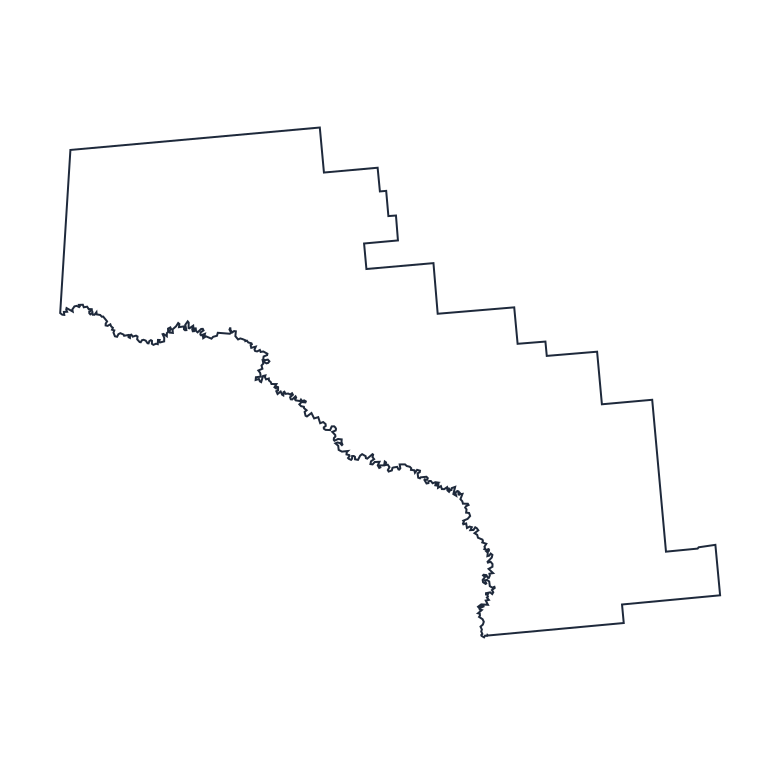 Aguirre, Santiago del Estero, Argentina, rotated 175°
{"feature_id": "61730980B73101966705720", "entity_name": "Aguirre", "entity_type": "district", "adm_level": 2, "iso_a3": "ARG", "parent_name": "Argentina", "parent_adm1": "Santiago del Estero", "projection": "orthographic", "projection_center": [-62.375, -29.263], "detail": "fine", "context": "isolated", "style": "outline", "palette": "slate", "viewbox_px": 768, "rotation_deg": 175, "n_neighbors": 0, "source": "geoboundaries", "source_scale": "gbopen_adm2", "svg_char_len": 6162}
<svg xmlns="http://www.w3.org/2000/svg" viewBox="0 0 768 768"><g transform="rotate(175 384 384)"><path d="M302.2,124.4L166.0,125.0L166.1,143.6L67.6,144.2L67.9,194.9L84.8,193.9L85.9,192.7L117.7,192.4L118.2,344.9L168.7,344.8L168.9,397.6L219.4,397.8L219.5,412.2L247.4,412.4L247.6,449.0L324.4,449.3L324.2,500.1L391.5,500.1L391.6,525.7L357.6,525.8L357.4,550.8L365.0,550.9L365.0,576.2L371.3,576.2L371.5,600.0L425.4,599.9L425.6,645.1L676.0,644.5L700.4,482.9L698.5,481.1L696.5,480.7L696.6,483.7L693.4,483.6L694.1,485.8L693.6,487.3L687.8,483.3L688.0,485.4L685.6,488.3L683.3,488.6L681.0,487.2L680.3,487.9L680.9,489.4L677.1,489.2L676.4,486.6L673.0,486.9L671.7,484.4L668.6,484.0L668.6,482.6L671.3,482.0L671.4,480.2L670.5,479.0L668.2,480.5L668.1,478.4L666.4,478.2L664.2,480.6L664.2,478.4L660.7,477.5L659.2,475.6L657.9,475.7L654.4,470.5L656.0,468.4L656.2,466.6L654.3,466.0L651.4,467.3L650.8,465.2L649.2,463.6L650.2,461.8L648.0,460.9L649.0,458.8L647.9,455.0L645.8,454.3L644.2,456.8L642.2,457.6L639.1,455.9L638.7,454.7L634.4,455.1L634.4,452.9L633.1,452.1L632.8,454.9L631.4,455.2L630.2,453.1L626.8,453.8L625.4,452.8L626.0,450.0L623.8,447.1L622.7,446.8L621.3,448.7L619.7,449.0L617.6,448.0L616.0,445.2L615.0,445.0L614.0,447.2L612.4,448.0L611.4,447.3L611.7,444.3L610.3,443.1L607.6,444.0L605.9,443.4L605.3,447.6L603.7,447.4L604.3,445.7L603.5,444.9L599.3,445.6L598.9,449.3L600.2,452.9L599.3,453.1L596.2,450.5L595.9,453.6L594.5,454.8L594.3,458.0L591.9,459.0L591.3,457.3L592.8,456.1L593.0,453.9L589.9,453.3L589.9,456.8L586.1,459.6L583.7,462.7L582.6,461.6L583.3,458.5L578.3,458.8L578.5,455.9L577.5,454.9L576.2,454.9L576.8,460.3L574.1,463.5L573.2,462.2L573.8,456.8L573.1,456.4L569.0,458.7L569.0,456.8L570.3,455.4L569.9,453.2L568.7,453.2L568.5,455.4L567.6,455.9L566.7,455.8L566.7,453.3L565.2,451.7L561.3,454.8L559.7,454.7L559.1,453.1L562.2,451.4L562.6,449.2L561.9,448.4L558.0,449.6L558.4,448.5L560.2,447.8L560.1,445.4L557.2,447.0L551.9,444.2L550.1,445.9L546.2,446.6L545.1,449.5L533.2,447.5L531.8,448.4L533.2,451.7L532.1,453.7L532.3,451.4L530.7,448.6L528.7,449.8L527.0,449.4L527.9,444.6L525.5,441.1L523.2,441.9L521.1,441.1L518.4,439.7L518.4,438.8L516.8,439.1L515.6,437.2L512.5,436.1L512.2,435.1L513.5,434.4L513.1,431.6L508.5,432.4L510.0,429.5L509.5,428.1L507.6,427.5L504.7,428.7L504.1,426.7L501.4,426.9L497.5,424.3L497.9,423.0L501.5,421.9L502.2,419.1L500.6,418.1L497.6,418.4L496.2,416.6L497.6,415.1L499.3,414.8L502.7,417.5L502.4,414.9L504.4,413.1L503.8,409.8L508.0,408.4L506.4,405.9L506.1,402.1L511.0,401.9L511.5,399.2L508.2,399.9L507.4,397.4L506.2,396.6L503.8,402.5L501.4,402.9L502.0,401.2L501.1,398.9L498.3,399.5L498.3,397.5L496.7,395.9L496.1,393.8L491.2,393.3L493.4,390.3L492.0,389.1L491.3,390.7L489.8,390.1L490.1,386.8L491.9,386.2L490.9,383.3L487.6,385.5L486.4,382.2L485.3,381.4L484.8,384.6L483.9,385.0L483.0,382.8L480.1,382.8L478.5,381.7L476.4,382.8L475.7,381.2L478.7,379.0L478.2,376.9L476.8,376.6L473.2,379.4L472.7,378.2L473.9,376.2L473.4,375.4L469.1,374.3L468.1,375.7L467.3,374.2L464.9,374.6L463.4,373.5L463.9,372.5L467.7,373.2L470.1,371.1L468.5,369.1L465.8,368.3L465.7,366.8L463.4,364.6L465.5,363.1L464.9,359.2L463.6,358.4L458.8,361.4L456.6,355.8L452.4,356.7L451.0,350.5L447.9,351.4L445.7,349.2L445.7,347.3L447.8,346.0L447.8,344.7L446.2,343.4L441.7,342.8L439.8,346.3L437.4,346.2L436.3,345.0L435.7,343.5L436.2,341.9L439.7,340.8L437.0,337.4L437.0,335.9L438.6,334.5L438.9,332.7L438.3,331.8L434.6,333.2L431.0,332.5L431.4,329.8L430.7,327.3L431.3,326.8L433.1,329.0L435.5,329.8L437.6,329.1L435.0,326.5L434.9,322.3L431.8,320.3L425.8,320.4L427.1,319.3L427.5,317.1L424.8,316.2L424.6,315.2L426.3,313.4L425.7,312.6L423.4,311.3L422.3,312.4L422.0,315.0L420.4,314.9L419.3,314.0L419.4,311.5L416.5,310.7L414.0,314.7L411.9,316.0L408.6,313.7L408.5,311.7L407.2,311.1L401.6,315.1L401.0,314.6L401.8,312.1L400.4,310.0L403.7,308.1L404.5,305.4L402.4,304.9L400.0,307.1L395.3,306.9L397.3,303.5L396.1,300.8L395.0,301.2L395.8,302.7L395.3,303.3L391.0,302.9L390.0,306.7L388.8,305.7L389.5,303.1L387.3,303.3L385.8,300.7L387.7,297.9L387.0,296.4L383.7,297.2L382.9,299.7L382.0,300.0L378.1,300.3L377.0,297.6L376.2,297.4L375.1,298.6L375.4,302.5L370.1,302.1L368.5,300.3L365.5,299.3L364.2,297.7L364.6,296.1L361.3,295.4L360.9,292.9L358.5,295.6L355.7,294.5L356.1,293.0L358.3,292.1L358.1,287.7L356.4,286.9L355.7,287.8L349.8,287.9L348.6,286.4L348.9,285.6L349.7,284.8L351.8,285.5L352.1,284.9L350.3,281.2L348.4,281.4L348.1,283.2L347.0,283.4L345.8,283.3L344.2,280.9L341.4,281.7L338.8,281.1L341.2,279.9L341.7,278.6L340.1,278.2L338.6,279.2L339.2,275.9L336.2,277.3L335.5,274.3L333.2,274.0L330.2,275.7L330.1,272.5L328.6,270.9L327.8,271.9L328.7,273.1L328.3,274.0L327.3,272.6L326.1,272.5L325.6,274.4L322.1,275.3L324.5,268.3L321.9,266.4L322.4,269.5L320.3,271.0L319.3,270.6L319.4,267.4L318.6,267.2L317.9,268.8L317.0,267.6L315.4,267.7L317.9,262.6L316.2,260.3L315.8,257.9L310.9,257.4L310.3,256.1L313.0,255.1L313.9,253.8L312.7,251.9L313.4,248.7L310.5,248.1L309.7,245.0L312.5,242.3L317.0,240.9L316.4,239.8L317.5,238.2L317.2,237.3L314.3,237.9L313.9,233.3L311.1,234.5L309.0,233.7L310.7,230.9L307.6,230.8L305.6,233.3L304.1,232.2L302.8,230.0L306.8,227.5L304.3,225.6L303.8,222.7L299.5,220.4L299.1,219.0L299.9,217.6L296.0,215.9L298.1,213.1L297.7,211.6L298.4,210.8L296.5,209.9L294.2,210.4L293.8,209.5L294.3,208.4L296.5,208.2L295.3,206.8L296.0,203.5L294.0,203.9L292.5,205.8L290.9,204.3L291.8,201.7L296.3,197.9L296.0,197.0L293.3,197.6L291.6,195.2L291.9,192.5L295.9,190.7L291.8,186.1L295.5,185.8L295.3,183.9L296.5,181.7L297.5,181.9L298.7,184.7L301.4,185.3L302.0,184.7L300.1,183.0L302.8,180.2L302.6,177.9L300.3,176.0L299.5,176.4L300.6,179.6L298.5,179.9L296.4,178.1L296.2,173.4L293.9,171.7L291.7,172.3L291.5,171.2L294.5,169.3L293.3,167.0L294.5,165.3L296.4,167.2L300.6,166.7L300.7,165.6L298.7,165.8L299.4,164.4L299.0,163.1L300.1,162.3L298.4,159.8L301.5,159.4L299.7,155.0L306.3,156.0L309.7,153.9L308.9,152.8L307.3,154.2L304.2,154.5L304.2,153.7L308.4,152.3L308.3,151.1L306.3,150.3L310.3,147.4L308.6,146.8L308.6,144.9L309.6,143.7L306.3,141.1L305.3,138.4L306.5,135.7L309.0,133.9L307.9,130.9L308.7,129.0L307.8,126.4L309.0,125.4L308.8,124.6L306.4,122.9L305.2,124.5L303.4,124.1L302.9,125.1L302.2,124.4Z" fill="none" stroke="#1e293b" stroke-width="2"/></g></svg>